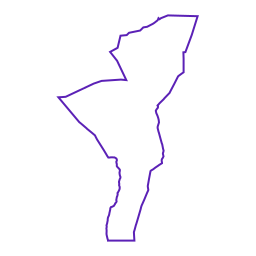 Al Kurmuk, Blue Nile, Sudan
{"feature_id": "16777658B11118605799379", "entity_name": "Al Kurmuk", "entity_type": "district", "adm_level": 2, "iso_a3": "SDN", "parent_name": "Sudan", "parent_adm1": "Blue Nile", "projection": "mercator", "projection_center": [34.082, 10.395], "detail": "fine", "context": "isolated", "style": "outline", "palette": "violet", "viewbox_px": 256, "rotation_deg": 0, "n_neighbors": 0, "source": "geoboundaries", "source_scale": "gbopen_adm2", "svg_char_len": 3054}
<svg xmlns="http://www.w3.org/2000/svg" viewBox="0 0 256 256"><path d="M183.6,72.3L183.6,71.8L183.6,71.6L183.6,65.6L183.6,58.8L183.4,52.3L185.4,52.1L191.8,34.8L197.6,16.2L167.9,15.4L160.9,18.2L159.6,19.2L158.5,18.2L157.7,20.2L154.4,22.8L153.2,23.6L152.4,24.1L151.9,24.3L147.1,26.8L143.3,27.4L141.9,28.8L140.7,30.0L140.0,30.6L139.3,30.7L129.0,32.8L126.7,35.1L120.5,35.7L117.6,47.8L110.1,51.9L117.1,60.8L126.3,80.1L120.9,79.6L101.6,80.9L93.7,83.6L65.7,96.8L61.7,97.1L58.4,97.3L63.1,102.9L79.4,122.3L79.9,122.6L86.7,128.4L86.9,128.7L91.7,132.6L95.0,135.4L95.6,136.7L97.0,139.4L103.7,150.0L106.1,154.0L107.2,155.9L107.5,156.4L108.0,157.0L108.3,157.5L108.9,157.5L109.9,157.5L111.0,157.3L112.1,157.3L113.3,157.4L114.4,157.4L115.4,157.9L116.3,158.5L116.7,159.2L116.9,160.1L116.7,161.0L116.4,161.5L116.3,161.9L116.5,162.9L116.6,163.5L116.8,163.9L116.8,165.4L116.8,166.1L117.4,167.0L118.3,167.9L119.2,168.9L119.6,169.4L119.9,170.0L119.8,170.9L119.7,171.7L119.5,172.5L119.6,173.9L119.8,175.1L120.1,176.1L120.4,176.8L120.4,177.8L120.1,178.5L119.7,179.2L119.3,180.7L119.0,181.6L119.1,182.2L119.0,182.7L119.2,183.4L119.3,184.1L119.1,184.8L119.1,185.3L119.4,186.1L119.6,186.6L119.7,187.6L119.6,189.0L119.0,190.5L118.4,191.6L118.0,192.4L117.6,192.8L117.5,193.3L117.7,194.1L117.5,195.1L117.3,196.0L116.9,196.8L116.6,198.2L116.5,199.0L116.3,199.8L116.3,200.3L116.6,201.2L116.3,202.1L116.1,202.5L115.5,203.0L115.1,203.6L114.9,204.3L114.6,204.7L114.3,205.1L114.0,205.6L113.6,206.1L112.9,206.3L112.4,206.7L111.6,206.9L111.1,207.0L110.9,207.3L110.6,207.7L110.3,208.3L110.3,208.9L110.2,209.6L110.0,210.5L109.7,211.9L109.4,213.1L109.3,214.0L109.1,214.7L108.9,215.5L108.1,217.2L107.9,217.9L107.7,219.2L107.7,220.4L107.3,222.3L107.1,223.5L106.8,224.4L106.6,225.0L106.5,225.6L106.7,226.1L106.6,227.6L106.4,228.3L106.6,230.1L106.6,231.3L106.5,233.8L106.6,234.7L106.8,235.7L107.5,238.7L107.9,239.8L108.0,240.2L108.0,240.6L108.3,240.6L109.4,240.6L109.6,240.6L110.1,240.6L110.3,240.6L111.0,240.6L113.3,240.6L114.4,240.6L117.9,240.6L118.2,240.6L121.7,240.6L122.7,240.6L125.1,240.6L128.1,240.6L130.3,240.6L131.6,240.6L133.7,240.6L133.9,240.6L134.4,240.6L134.1,236.0L133.9,232.1L134.7,229.5L135.9,225.0L136.3,223.9L137.5,219.9L140.6,209.3L141.1,207.2L141.6,205.6L142.6,203.4L144.2,199.8L147.1,192.8L148.2,190.4L148.3,189.8L147.8,186.7L147.8,185.8L148.2,183.6L148.9,179.6L150.5,171.1L151.1,170.5L153.3,169.2L155.2,167.7L158.3,165.6L158.7,165.3L159.1,165.0L162.0,163.2L162.0,162.6L161.7,161.0L161.7,159.9L162.1,158.8L162.6,158.2L163.1,157.2L163.5,156.4L162.9,153.7L163.0,152.9L163.3,152.1L163.6,150.7L163.3,149.6L163.0,148.5L162.8,147.4L162.2,144.3L161.8,143.4L160.5,138.7L158.8,132.4L158.6,132.0L157.6,127.9L157.7,126.5L159.0,122.4L158.9,121.8L158.7,119.9L158.2,117.9L157.5,115.8L156.3,113.1L155.8,110.8L156.4,109.6L157.4,108.3L157.9,107.7L158.0,106.2L157.5,105.6L157.8,105.1L158.5,104.5L159.2,103.6L160.5,102.3L163.9,99.0L164.1,98.6L169.0,93.5L169.6,92.9L170.0,92.0L171.2,89.7L174.2,84.0L177.9,76.7L178.3,76.1L181.7,73.6L183.6,72.3Z" fill="none" stroke="#5b21b6" stroke-width="2"/></svg>